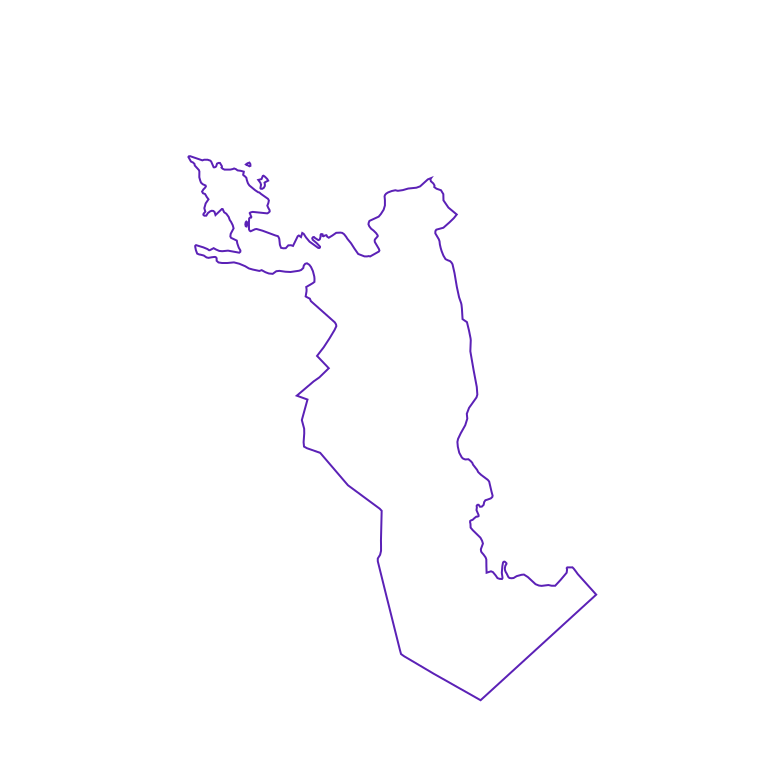 Uzbekistan, Robinson projection, rotated 225°
{"feature_id": "UZB", "entity_name": "Uzbekistan", "entity_type": "country or territory", "adm_level": 0, "iso_a3": "UZB", "parent_name": "Asia", "parent_adm1": "", "projection": "robinson", "projection_center": [66.075, 41.364], "detail": "fine", "context": "isolated", "style": "outline", "palette": "violet", "viewbox_px": 768, "rotation_deg": 225, "n_neighbors": 0, "source": "natural_earth", "source_scale": "50m", "svg_char_len": 6153}
<svg xmlns="http://www.w3.org/2000/svg" viewBox="0 0 768 768"><g transform="rotate(225 384 384)"><path d="M605.2,345.7L606.3,344.9L608.3,344.1L611.6,345.6L614.5,347.5L615.2,348.3L615.1,349.3L608.3,352.9L604.2,354.6L602.3,354.9L601.8,355.4L600.5,359.6L597.9,360.3L594.6,361.6L592.3,363.5L588.6,368.0L579.2,374.5L579.1,375.9L580.0,376.9L583.1,377.7L587.2,379.7L589.5,381.3L595.5,379.2L597.0,379.7L598.6,381.8L600.4,387.7L603.2,389.3L606.8,390.5L609.0,390.9L612.0,392.3L615.9,392.9L618.5,392.4L621.8,393.6L622.4,393.1L622.6,384.3L625.4,385.8L627.0,385.7L628.3,384.7L629.0,383.2L629.4,380.3L628.7,377.4L629.9,376.1L630.9,375.8L631.6,376.1L632.0,376.9L632.2,379.5L634.2,380.6L635.4,381.3L636.6,383.5L637.8,385.6L638.7,390.5L641.5,390.9L644.8,391.8L646.9,390.9L648.7,391.4L649.3,393.8L649.3,396.0L649.6,397.7L650.5,398.2L653.4,397.1L655.8,397.0L658.0,398.0L660.8,399.6L664.9,403.8L666.3,404.4L672.3,404.7L673.6,405.6L675.6,405.6L677.8,404.8L682.8,406.2L683.0,406.9L682.2,408.0L670.6,413.7L669.7,415.5L667.4,417.8L664.8,419.1L663.5,419.1L657.7,416.8L657.0,417.4L656.6,418.3L656.6,419.3L657.9,421.7L657.4,423.2L656.3,424.3L652.7,423.4L652.0,422.8L651.9,422.1L650.5,422.1L648.4,422.8L644.3,426.9L642.9,429.1L642.4,430.4L640.6,431.2L638.6,431.5L636.1,433.4L633.3,435.0L632.4,433.8L631.8,432.6L631.1,432.2L629.3,432.5L627.2,432.5L625.0,431.1L622.1,429.7L619.6,429.2L612.3,429.9L608.6,430.6L607.5,431.3L605.5,431.4L596.9,432.9L595.1,432.3L593.7,430.1L592.6,427.6L590.3,426.7L587.8,426.0L586.8,425.1L586.8,423.9L587.0,422.7L587.2,422.1L598.0,413.3L598.5,412.9L599.0,412.1L599.8,410.7L599.8,409.9L595.9,408.3L595.7,407.5L596.5,406.7L596.4,405.7L593.6,402.6L588.8,397.9L587.4,397.4L586.3,397.7L584.6,402.3L583.7,403.5L578.3,406.5L565.7,412.3L563.6,413.5L562.1,413.2L560.6,412.5L556.0,408.8L553.1,407.5L551.1,408.8L549.5,410.6L549.7,414.4L547.8,416.4L546.0,417.3L549.5,427.5L549.2,428.8L546.6,429.2L548.6,433.0L547.0,433.4L542.8,432.5L537.3,432.0L526.8,433.7L526.0,434.3L525.8,435.2L526.4,435.9L531.4,436.0L536.4,435.6L537.8,436.3L538.0,437.6L537.5,438.4L535.8,438.5L532.2,439.3L531.8,440.1L531.7,440.9L532.9,443.1L534.3,444.6L534.5,445.4L533.9,446.1L533.2,446.4L532.0,445.3L531.3,445.6L531.0,446.5L530.6,447.6L529.9,448.5L528.2,448.0L526.5,448.4L525.5,452.5L524.7,457.1L521.9,460.2L520.4,461.3L518.2,461.7L514.8,461.3L512.7,460.8L506.8,460.2L500.9,458.9L494.2,457.7L488.1,460.4L486.3,462.1L485.2,463.7L484.0,464.4L481.3,474.0L481.6,475.1L483.1,475.9L490.8,477.9L491.9,478.7L492.6,479.7L492.9,484.0L493.5,484.6L496.2,485.1L499.9,485.1L502.9,484.7L505.9,485.1L508.0,486.0L509.0,487.5L509.6,489.1L506.1,498.6L506.4,502.0L507.5,507.0L509.6,510.9L513.4,514.7L516.3,517.1L516.9,518.3L517.1,520.0L516.6,522.3L515.0,525.9L513.0,529.0L510.8,530.4L507.8,534.4L505.1,539.3L499.9,545.7L498.2,549.3L497.7,559.7L496.3,562.9L496.1,561.7L494.2,560.5L490.9,560.7L488.7,560.1L487.7,558.8L485.0,559.2L480.7,561.3L476.3,560.2L471.8,555.9L463.2,554.3L452.4,555.3L451.9,550.6L452.0,544.5L452.5,536.5L456.1,530.2L456.0,529.0L455.3,527.9L454.2,526.8L447.6,525.1L445.7,524.2L443.2,522.2L440.0,520.2L437.2,518.7L432.8,516.8L428.8,515.8L426.4,516.6L424.2,517.6L422.2,517.6L420.2,517.1L412.6,512.3L401.2,504.2L392.2,498.4L386.6,495.7L385.2,494.8L382.1,492.3L374.3,485.4L369.1,486.4L361.7,481.9L355.1,477.5L353.6,476.3L346.1,468.2L330.5,457.2L316.3,447.5L312.0,443.8L310.5,442.5L309.1,439.9L307.0,427.3L304.4,421.5L300.6,418.4L297.4,412.3L294.9,403.4L292.8,397.5L291.1,394.9L287.5,391.9L282.2,388.6L277.1,387.1L275.2,387.2L274.3,387.6L273.2,388.1L271.1,390.5L268.1,390.8L265.9,390.7L263.9,389.9L257.4,389.1L255.1,388.3L251.2,388.4L242.8,389.6L240.7,389.4L232.0,384.0L228.2,381.8L227.5,380.6L227.6,378.6L229.0,375.6L230.1,373.5L229.7,371.4L228.1,369.0L228.1,366.5L229.3,365.1L231.7,365.5L232.5,364.6L232.3,363.3L231.0,362.3L229.4,360.2L224.4,358.2L223.7,357.4L224.0,356.5L224.9,355.5L225.2,353.4L225.3,350.6L226.0,349.2L226.2,348.1L225.5,347.2L223.9,346.2L221.2,343.7L217.9,343.4L207.1,343.5L203.8,342.5L201.2,341.1L198.7,335.7L197.3,334.5L196.1,334.0L193.1,333.8L189.5,333.2L187.6,332.3L182.7,327.5L178.0,323.1L175.9,327.2L174.0,328.0L169.7,327.6L166.5,327.0L164.6,327.9L162.7,329.5L163.0,330.6L164.4,331.7L167.2,333.8L171.5,338.9L173.5,341.8L173.7,342.8L173.3,343.5L172.7,343.8L170.6,343.8L170.0,343.0L169.8,341.5L168.4,339.3L166.9,338.0L165.2,337.2L162.9,336.6L159.8,335.5L158.2,335.5L156.6,336.7L155.2,338.4L154.3,342.0L151.8,346.4L150.3,348.2L145.8,349.2L135.3,349.6L132.0,351.0L129.8,352.7L125.6,358.1L122.8,359.9L120.3,362.4L120.6,370.3L121.4,379.7L123.3,382.2L124.6,383.0L124.7,383.9L122.8,385.8L121.1,387.6L119.3,387.6L115.6,387.1L112.6,386.6L85.0,385.1L85.9,365.6L91.2,248.3L92.1,228.7L143.9,214.3L177.3,205.7L181.0,205.1L184.7,207.2L207.7,221.0L226.2,232.1L230.9,234.9L263.1,254.3L265.0,256.2L266.0,260.5L268.1,263.9L271.8,267.6L275.6,271.3L283.7,279.8L296.0,292.7L298.8,292.8L337.9,286.9L380.4,290.2L393.1,284.1L396.3,283.2L399.7,286.0L405.4,292.6L408.8,295.9L416.6,300.4L427.1,318.9L437.4,314.1L436.6,323.6L435.6,336.1L434.4,342.9L434.2,356.1L451.2,356.5L451.8,361.0L452.6,367.3L454.8,377.8L457.2,387.3L458.6,391.2L460.0,392.2L462.3,392.8L494.3,390.9L496.8,391.9L498.9,391.2L501.3,390.5L504.3,394.7L505.7,396.2L507.6,397.6L505.7,404.8L505.4,407.0L507.6,409.3L509.3,410.7L514.0,413.5L518.3,415.1L521.1,415.5L523.8,414.9L524.7,413.3L524.5,411.1L523.1,408.9L523.2,406.1L524.1,404.1L529.3,397.1L533.2,393.6L537.9,390.1L539.9,387.6L540.6,383.2L543.6,380.7L546.9,379.2L551.0,378.0L552.1,375.8L557.8,372.1L561.2,370.2L565.5,369.1L571.4,366.7L576.1,363.9L580.5,358.6L584.0,355.1L587.0,352.9L589.5,352.8L591.3,354.6L592.8,354.7L593.8,353.9L595.5,351.7L597.3,349.1L599.0,348.0L602.3,347.4L605.2,345.7ZM596.2,401.5L596.1,400.5L594.9,398.8L593.3,397.8L592.5,398.2L593.2,399.6L595.2,401.6L596.2,401.5ZM616.5,446.1L614.8,446.4L611.5,446.4L609.7,445.9L610.8,442.5L610.8,441.8L610.6,441.7L609.7,441.2L608.3,439.8L607.7,437.7L608.2,435.8L609.2,435.0L609.9,435.1L611.9,438.0L613.7,438.9L617.2,439.4L615.5,442.3L616.8,445.4L616.5,446.1ZM636.6,443.6L635.7,445.4L634.0,445.0L632.7,443.8L633.1,442.8L635.0,442.3L636.0,441.7L636.9,441.6L636.6,443.6Z" fill="none" stroke="#5b21b6" stroke-width="2"/></g></svg>